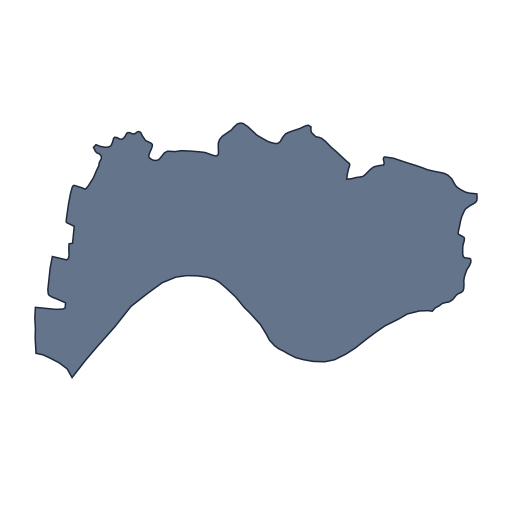 the district of Quang Ngai, Quảng Ngãi, Vietnam, rotated 184°
{"feature_id": "81297802B1045120286230", "entity_name": "Quang Ngai", "entity_type": "district", "adm_level": 2, "iso_a3": "VNM", "parent_name": "Vietnam", "parent_adm1": "Quảng Ngãi", "projection": "robinson", "projection_center": [108.808, 15.12], "detail": "fine", "context": "isolated", "style": "filled", "palette": "slate", "viewbox_px": 512, "rotation_deg": 184, "n_neighbors": 0, "source": "geoboundaries", "source_scale": "gbopen_adm2", "svg_char_len": 3663}
<svg xmlns="http://www.w3.org/2000/svg" viewBox="0 0 512 512"><g transform="rotate(184 256 256)"><path d="M76.3,213.2L73.6,216.7L69.7,219.1L67.0,221.6L63.5,222.8L60.4,223.6L58.4,224.8L56.2,226.9L54.9,228.8L53.4,231.0L52.0,232.2L50.3,233.2L48.8,233.9L47.0,235.8L46.5,238.0L46.5,241.4L46.7,243.4L47.0,246.1L46.6,250.0L45.8,253.2L44.7,257.1L42.4,261.2L41.3,264.5L41.3,266.5L41.7,267.8L42.1,268.3L43.3,268.5L45.7,268.7L47.5,268.7L48.5,269.2L49.3,270.5L49.9,272.0L50.1,275.1L50.3,277.9L50.3,278.7L50.4,280.3L49.4,285.6L49.3,288.0L49.8,289.1L51.5,290.0L53.6,291.0L55.3,291.6L56.0,293.0L55.6,296.4L55.1,299.3L54.4,305.0L53.5,309.6L51.4,315.4L50.2,317.6L46.0,321.2L43.1,323.0L40.8,324.7L39.6,326.6L39.5,329.6L40.0,333.4L42.5,333.5L47.5,333.6L48.4,333.8L51.3,334.3L56.1,336.3L60.4,338.8L62.2,340.7L66.0,346.5L70.1,350.0L74.0,351.6L77.3,352.1L84.1,352.9L90.9,354.0L96.3,355.7L103.5,357.6L111.7,359.5L119.4,361.5L125.5,363.1L128.9,363.4L134.7,363.8L135.4,363.2L135.6,362.6L135.7,361.4L135.3,360.0L134.6,357.7L135.1,355.7L138.9,354.9L144.1,353.4L145.4,352.6L148.0,350.3L152.5,345.1L154.9,342.8L158.6,341.9L161.5,341.3L166.1,339.8L170.9,338.9L170.6,344.0L169.8,349.2L169.0,352.3L168.9,354.2L169.5,354.9L170.7,355.8L172.7,357.2L182.5,365.2L188.9,370.0L194.8,375.3L198.8,378.0L201.5,378.8L204.6,379.1L209.1,382.9L210.1,385.5L210.1,388.6L212.8,390.1L213.0,390.1L214.9,389.6L217.9,388.1L220.8,386.4L229.7,382.7L233.0,381.2L235.1,379.8L236.9,377.4L238.1,375.4L239.7,371.9L241.8,370.1L242.0,370.0L243.1,369.6L245.1,369.6L248.2,370.1L252.1,371.1L257.4,373.6L263.5,376.6L273.1,384.4L278.1,387.3L281.0,387.5L283.7,386.5L285.8,384.4L287.5,382.6L289.3,380.0L292.2,377.8L292.5,377.5L297.8,373.3L299.3,371.3L300.4,369.8L301.1,367.6L301.5,365.5L301.3,362.9L301.0,359.6L300.7,357.4L300.7,355.1L301.2,353.9L302.7,353.0L304.2,353.1L307.6,353.9L313.9,355.7L319.9,356.0L328.4,356.1L337.7,355.9L343.9,354.5L345.8,354.5L351.2,354.4L351.5,354.4L354.5,352.6L356.9,349.1L358.6,346.7L359.9,345.2L361.7,344.5L363.1,344.3L365.3,344.4L367.3,345.3L369.5,346.8L370.0,348.6L369.0,352.3L367.9,355.2L367.1,358.3L367.2,360.1L368.5,361.2L371.3,362.4L374.3,363.5L377.8,368.0L379.6,371.2L381.5,372.0L383.1,371.5L384.3,370.5L385.6,369.3L388.0,369.3L390.6,370.3L392.9,370.0L393.9,368.7L394.8,366.5L396.2,364.4L397.9,363.1L400.0,363.1L402.6,364.4L405.3,364.6L406.3,363.4L406.9,360.0L408.0,356.8L409.1,355.2L411.4,354.3L413.9,353.9L419.0,354.5L423.4,355.9L423.5,355.8L425.7,353.0L423.5,349.2L422.0,347.8L419.4,346.9L417.9,345.7L417.1,343.8L417.2,342.0L418.0,340.2L418.9,338.1L419.1,335.1L421.0,330.4L423.6,322.7L426.0,318.4L427.9,314.7L430.0,311.7L431.2,310.8L435.1,312.1L442.4,313.8L443.4,313.2L444.1,311.8L444.7,309.0L445.4,305.6L446.7,294.5L447.7,280.3L447.8,277.0L447.2,276.1L439.4,272.9L439.9,255.9L443.4,255.1L443.2,250.1L442.5,243.0L443.1,240.3L444.6,238.9L459.1,241.3L460.5,229.8L461.1,213.6L461.3,207.9L460.6,203.7L459.6,202.3L456.1,200.6L451.6,199.2L442.7,196.0L442.8,190.9L444.9,189.6L451.9,188.8L472.5,189.4L472.3,178.5L471.0,168.1L470.6,158.9L469.1,147.1L468.7,143.6L461.4,142.5L454.4,139.8L445.1,135.8L436.6,130.3L431.0,121.9L418.4,140.6L407.8,154.9L392.0,175.4L377.2,197.0L362.4,210.4L359.7,212.7L347.7,222.8L334.3,229.4L324.3,231.5L319.9,231.8L313.2,232.1L303.5,231.5L295.6,229.7L290.7,227.3L283.5,221.9L273.4,213.7L264.9,204.6L264.0,203.7L258.1,198.7L246.8,187.9L240.3,178.8L236.7,173.0L231.1,167.7L227.0,165.1L221.6,162.9L217.9,161.0L209.3,157.4L201.6,155.9L191.5,154.8L180.0,155.3L170.6,157.9L159.5,164.4L150.3,171.3L146.3,175.0L139.5,181.2L131.5,188.1L124.5,193.7L122.5,195.3L109.3,203.1L101.1,208.7L89.0,212.6L80.4,213.5L76.3,213.2Z" fill="#64748b" stroke="#1e293b" stroke-width="1.5"/></g></svg>